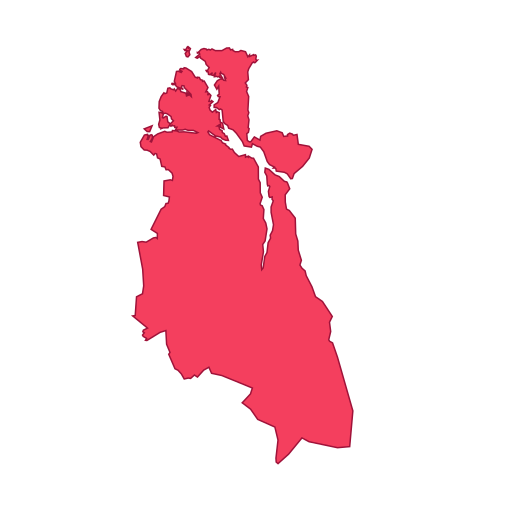 outline of Suldal nor, Rogaland, Norway, rotated 106°
{"feature_id": "86288312B74998451175401", "entity_name": "Suldal nor", "entity_type": "district", "adm_level": 2, "iso_a3": "NOR", "parent_name": "Norway", "parent_adm1": "Rogaland", "projection": "albers", "projection_center": [6.141, 59.542], "detail": "fine", "context": "isolated", "style": "filled", "palette": "rose", "viewbox_px": 512, "rotation_deg": 106, "n_neighbors": 0, "source": "geoboundaries", "source_scale": "gbopen_adm2", "svg_char_len": 6059}
<svg xmlns="http://www.w3.org/2000/svg" viewBox="0 0 512 512"><g transform="rotate(106 256 256)"><path d="M413.4,113.4L378.2,120.2L330.8,149.8L318.4,158.5L317.7,161.7L316.5,163.0L308.0,163.4L299.4,167.1L293.1,166.0L281.4,179.6L278.7,187.6L270.2,193.7L261.1,202.3L256.8,204.7L255.1,208.4L252.6,211.3L247.6,211.2L238.7,217.0L230.1,219.9L223.9,223.9L208.8,228.7L203.1,236.5L202.5,239.6L196.1,242.7L189.1,244.8L182.1,242.1L177.2,245.8L176.3,246.8L176.4,249.3L173.2,255.6L172.8,260.0L169.2,267.4L168.9,271.3L173.1,270.6L176.1,267.7L183.9,264.9L185.4,264.0L184.7,262.7L185.3,261.9L190.4,261.9L195.1,259.9L195.9,258.9L194.8,256.7L197.1,256.2L198.2,254.6L204.7,255.0L209.9,253.5L221.1,247.8L227.2,247.1L232.1,248.1L234.9,246.9L239.9,248.0L249.7,246.4L254.0,247.4L265.5,245.8L267.6,246.7L263.1,248.5L249.9,250.0L243.1,252.7L239.0,251.4L226.9,252.9L221.6,255.7L218.0,259.3L209.2,261.2L206.0,263.9L205.8,265.7L204.6,266.5L197.8,266.2L194.1,269.3L184.4,272.2L181.4,274.9L169.8,278.3L162.7,285.3L163.1,287.1L162.1,290.6L163.2,290.7L162.6,291.9L163.9,293.3L161.5,294.1L165.1,300.0L162.5,305.3L159.8,308.2L160.4,309.7L159.9,311.6L159.2,311.8L157.7,315.8L156.8,316.0L156.4,319.5L154.7,321.3L152.3,334.1L150.0,336.5L148.8,336.1L151.5,328.7L152.4,328.4L151.6,326.9L151.5,322.7L152.7,320.8L153.1,317.2L152.5,314.4L148.7,317.1L149.4,318.4L147.1,320.3L146.6,322.4L144.9,323.1L144.3,325.9L141.4,327.5L141.7,329.0L139.2,326.7L142.0,325.7L142.8,322.0L137.5,324.8L137.2,327.2L134.8,328.2L134.8,329.1L128.3,330.9L128.1,333.2L128.9,333.7L126.4,335.1L129.8,337.6L128.4,340.4L126.1,342.0L123.8,341.3L123.7,342.6L119.5,339.9L118.8,341.6L119.9,342.1L120.3,343.9L114.1,343.6L112.8,345.7L114.8,346.9L112.6,346.8L111.4,347.9L112.0,349.5L107.3,348.6L102.1,354.0L102.9,355.5L101.8,355.8L101.8,358.0L100.0,359.7L100.3,361.6L101.0,361.5L100.9,363.7L96.4,368.7L94.6,375.1L94.8,377.0L96.0,377.1L96.5,380.0L97.3,380.6L98.3,380.7L98.9,378.0L100.2,378.5L99.8,381.7L100.5,383.3L110.5,382.7L112.4,381.0L113.2,384.3L113.9,384.4L114.3,383.6L113.5,380.8L115.1,379.1L115.9,371.8L114.5,374.3L112.6,374.1L112.3,372.1L113.8,371.4L118.5,363.1L120.6,362.1L117.9,367.4L120.3,366.5L120.3,365.6L121.3,366.9L118.8,368.2L118.7,373.6L117.1,374.6L116.3,377.5L119.6,378.7L117.9,380.6L118.9,381.0L118.9,383.7L118.1,385.1L119.1,387.0L123.9,386.7L125.0,388.3L124.5,389.5L128.9,391.1L134.2,391.6L140.7,390.0L142.5,388.0L142.8,385.7L144.7,384.4L143.7,382.4L143.8,380.5L145.3,376.1L147.4,375.1L148.8,372.6L152.6,374.8L151.3,377.8L146.5,380.0L146.4,381.0L148.9,383.2L148.8,384.1L145.3,384.2L144.3,386.1L144.6,388.8L151.7,385.9L156.2,385.9L159.1,384.3L159.1,382.4L159.8,382.4L158.4,380.5L157.0,376.0L153.9,375.2L154.7,373.5L153.3,372.7L153.8,371.8L153.3,370.2L154.8,369.5L154.1,367.5L156.6,368.1L156.8,367.2L155.2,361.4L153.7,359.0L153.9,356.0L152.5,350.8L153.4,345.9L154.5,347.3L156.5,359.5L158.0,364.1L157.6,366.7L158.4,370.9L159.8,370.8L160.4,372.3L161.6,375.7L161.3,378.1L165.7,384.1L169.5,387.3L175.2,387.9L175.1,389.1L171.2,388.1L168.5,389.0L168.3,390.2L169.1,391.1L173.7,391.8L173.9,392.8L169.7,392.7L169.9,393.6L169.0,393.9L170.5,396.6L178.6,398.6L182.6,396.7L184.9,392.7L184.3,389.9L184.7,386.6L187.2,382.1L185.3,381.3L185.2,379.7L188.8,377.7L189.2,374.9L195.8,371.3L195.5,368.1L197.9,366.2L197.1,364.1L199.5,359.5L202.4,357.7L206.4,357.2L206.4,359.4L209.2,365.1L223.3,361.5L223.1,355.5L227.0,354.9L229.5,355.0L230.4,357.0L233.7,357.3L237.2,360.1L259.3,364.2L261.5,357.0L266.4,355.7L265.8,357.4L266.9,359.6L273.0,365.4L273.5,369.5L275.5,373.5L299.9,361.3L315.7,355.7L323.6,354.7L328.1,359.6L346.5,355.7L347.6,358.0L355.2,340.4L358.3,343.8L360.0,343.9L360.6,342.2L363.3,343.3L364.4,342.2L365.4,338.4L367.5,339.0L367.3,337.6L355.8,327.1L352.5,322.1L365.5,317.6L372.4,312.1L374.5,312.8L386.7,302.8L387.3,299.5L389.9,295.3L394.0,291.1L392.0,287.5L391.7,285.1L387.4,282.4L388.5,278.9L380.1,274.8L375.9,270.6L381.0,266.4L380.3,255.9L383.9,223.1L390.1,223.3L400.9,228.8L404.7,219.0L412.6,209.3L415.2,190.7L426.9,184.1L444.8,181.1L448.5,179.8L449.5,177.6L437.4,170.0L418.2,161.7L419.9,153.8L417.8,124.8L413.4,113.4ZM138.0,231.5L135.9,235.2L137.0,246.1L127.9,250.1L129.7,253.4L128.8,254.5L128.6,257.4L130.6,259.2L131.9,258.7L133.4,262.3L130.3,264.8L129.9,270.5L135.2,280.2L139.7,284.5L143.5,284.1L142.0,290.4L147.6,292.5L148.1,293.8L147.3,296.2L140.9,298.6L139.3,297.4L135.5,297.7L134.8,298.9L127.0,300.3L123.5,302.6L120.2,302.4L118.0,304.0L104.7,307.0L100.5,310.4L96.3,310.3L96.2,311.8L94.4,311.8L92.6,314.0L88.6,311.9L81.3,314.7L77.8,314.6L71.2,312.8L70.1,311.7L70.7,311.0L70.3,310.1L67.5,308.7L67.8,309.3L66.8,310.5L63.8,310.8L62.8,311.8L63.7,313.4L63.1,313.8L65.9,317.0L64.4,317.6L66.8,318.7L62.5,322.4L62.6,327.2L64.4,328.9L65.4,332.3L64.8,334.8L63.8,335.4L64.9,337.3L63.3,338.9L64.2,341.6L68.0,345.4L69.8,351.7L69.1,355.4L70.6,356.7L70.3,358.3L71.5,359.9L70.8,360.6L70.9,363.2L72.5,365.6L76.1,367.6L76.2,366.8L76.4,366.8L76.5,368.5L77.1,368.2L76.4,367.0L77.4,365.7L81.8,368.7L82.1,367.0L79.6,364.8L81.0,363.9L82.9,358.4L85.6,356.7L87.7,353.0L90.8,353.7L91.4,355.1L92.4,354.1L92.2,352.8L94.5,351.7L94.4,350.3L91.7,348.3L94.2,349.5L94.3,346.6L90.7,345.3L95.1,345.3L94.2,343.5L94.4,342.0L93.3,340.8L94.2,340.2L93.9,337.6L90.8,341.0L89.1,340.6L89.9,340.0L90.4,337.1L93.0,334.4L93.0,335.4L95.7,333.6L96.0,335.5L95.2,336.6L95.7,339.1L98.2,341.5L103.1,343.1L106.5,339.6L103.0,338.7L110.5,336.0L112.2,337.2L113.2,336.2L112.8,334.5L119.0,335.0L122.3,337.9L124.7,337.2L124.1,334.9L125.4,331.6L124.4,330.6L125.0,328.8L135.7,324.6L137.4,322.4L138.3,319.2L140.7,317.5L141.0,312.9L143.5,308.6L149.8,300.6L153.5,297.7L152.6,290.4L149.0,290.4L150.2,285.1L150.1,281.9L153.6,277.3L162.1,271.2L164.4,268.2L165.4,262.9L166.7,263.6L166.2,261.8L166.6,261.0L168.8,259.9L167.7,251.8L168.4,248.6L172.2,243.9L171.5,242.4L166.3,242.1L157.0,235.9L147.2,231.8L138.0,231.5ZM80.8,375.1L78.2,376.7L74.7,376.2L73.7,378.5L74.6,378.4L73.9,379.6L77.0,380.4L77.3,381.9L78.1,380.9L77.6,378.4L80.8,379.9L83.4,377.9L83.4,376.3L80.8,375.1ZM166.4,394.9L165.8,392.5L159.5,391.8L164.6,398.5L166.4,394.9Z" fill="#f43f5e" stroke="#9f1239" stroke-width="1.5"/></g></svg>